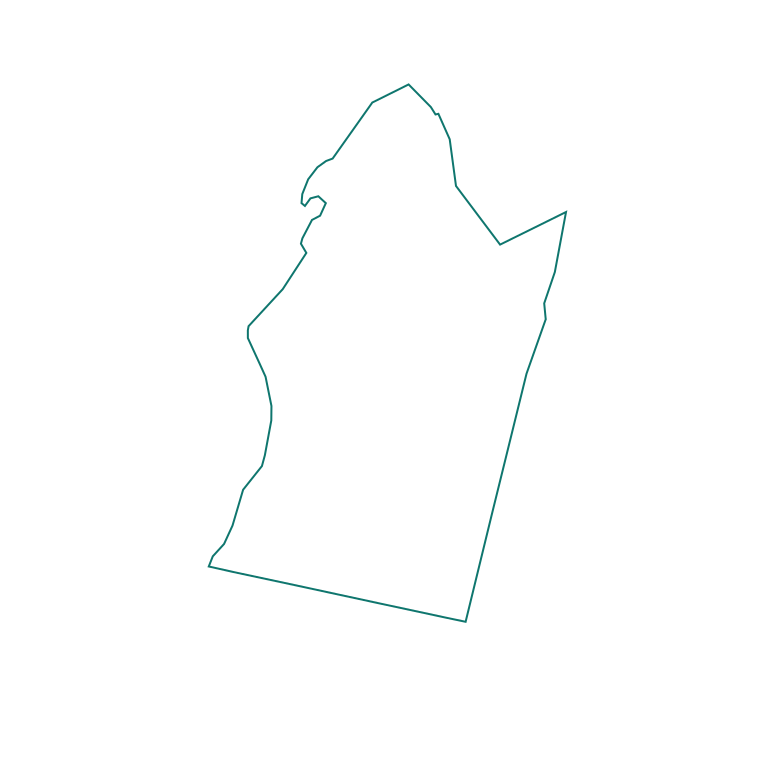 Arlington, Virginia, United States of America, rotated 238°
{"feature_id": "52423323B5979795321834", "entity_name": "Arlington", "entity_type": "district", "adm_level": 2, "iso_a3": "USA", "parent_name": "United States of America", "parent_adm1": "Virginia", "projection": "equal_earth", "projection_center": [-77.083, 38.881], "detail": "fine", "context": "isolated", "style": "outline", "palette": "teal", "viewbox_px": 768, "rotation_deg": 238, "n_neighbors": 0, "source": "geoboundaries", "source_scale": "gbopen_adm2", "svg_char_len": 826}
<svg xmlns="http://www.w3.org/2000/svg" viewBox="0 0 768 768"><g transform="rotate(238 384 384)"><path d="M217.7,407.8L259.8,451.2L317.2,510.3L353.3,555.6L353.7,555.7L367.5,562.6L388.4,588.2L433.4,629.5L440.7,556.3L513.8,550.0L556.7,569.4L584.3,573.3L585.3,570.5L594.0,570.5L625.0,563.6L628.9,523.2L628.2,521.6L602.4,459.9L603.8,453.0L603.1,442.4L597.8,428.2L588.4,415.4L587.9,415.0L581.1,409.9L576.9,411.3L580.4,420.0L578.0,427.8L568.2,430.5L560.6,419.0L561.3,409.9L550.8,392.0L547.0,387.9L536.3,387.6L518.1,348.4L504.8,299.8L501.7,297.0L495.1,292.9L466.3,289.2L452.9,287.4L425.0,276.9L412.8,269.1L386.7,245.2L379.1,237.0L369.0,208.5L344.2,180.5L333.1,163.6L328.6,147.5L322.1,138.7L304.3,156.7L253.6,209.1L231.4,231.9L200.9,263.3L153.6,312.1L139.1,327.2L217.7,407.8Z" fill="none" stroke="#0f766e" stroke-width="2"/></g></svg>